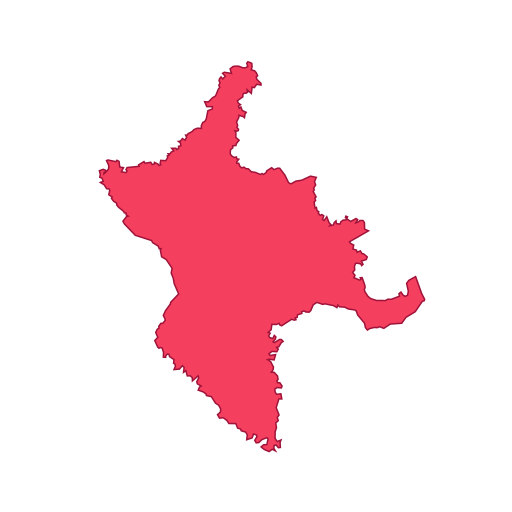 outline of Júlio de Castilhos, Rio Grande do Sul, Brazil, rotated 286°
{"feature_id": "56859067B79484358238114", "entity_name": "Júlio de Castilhos", "entity_type": "district", "adm_level": 2, "iso_a3": "BRA", "parent_name": "Brazil", "parent_adm1": "Rio Grande do Sul", "projection": "orthographic", "projection_center": [-53.633, -29.282], "detail": "fine", "context": "isolated", "style": "filled", "palette": "rose", "viewbox_px": 512, "rotation_deg": 286, "n_neighbors": 0, "source": "geoboundaries", "source_scale": "gbopen_adm2", "svg_char_len": 6093}
<svg xmlns="http://www.w3.org/2000/svg" viewBox="0 0 512 512"><g transform="rotate(286 256 256)"><path d="M295.8,88.8L297.0,87.5L297.2,85.2L294.8,81.9L291.4,83.9L288.6,84.1L288.3,86.6L285.7,88.6L283.8,86.1L282.6,90.3L279.5,93.9L280.0,96.0L278.9,97.3L274.3,97.6L273.1,101.4L271.5,101.2L269.4,104.0L268.3,107.6L266.7,108.0L265.1,110.2L262.4,116.5L261.2,117.5L261.4,119.4L259.8,119.8L259.1,122.1L258.3,120.7L252.8,118.5L250.6,120.6L242.6,134.3L242.1,151.3L240.3,153.1L238.6,159.2L236.3,161.0L236.9,162.7L235.3,162.4L229.2,165.5L227.9,170.6L221.1,178.7L216.2,179.2L212.1,182.4L206.7,185.1L198.2,192.1L187.9,186.7L186.2,186.9L178.6,184.1L173.2,183.3L170.5,185.9L168.8,186.4L165.5,184.8L165.0,183.1L161.6,181.9L160.0,182.6L158.2,181.2L154.8,180.7L150.8,184.0L146.8,182.0L141.4,186.6L140.6,188.1L141.6,189.3L141.7,191.1L137.8,193.7L133.2,194.8L133.7,197.1L135.0,196.7L137.4,197.9L137.5,199.5L135.5,200.6L133.8,205.7L130.2,206.3L129.6,208.1L127.8,208.9L124.2,208.5L126.2,213.6L130.2,215.4L129.1,217.6L124.2,218.4L126.4,220.2L121.8,223.0L122.7,225.8L121.5,228.3L118.4,229.3L124.8,233.4L123.2,234.5L118.6,233.7L116.9,235.0L115.9,239.2L114.4,237.8L111.1,237.4L110.8,242.8L109.5,246.2L108.2,246.8L108.5,251.9L103.4,257.6L102.3,261.2L99.1,264.3L96.1,264.8L92.9,262.7L90.1,265.6L91.5,269.2L89.8,273.5L87.5,276.1L89.3,282.8L85.5,285.8L85.4,288.8L83.9,290.0L83.9,294.6L81.7,296.9L76.8,297.7L80.1,302.4L84.2,302.7L84.1,305.7L82.7,306.7L78.4,305.6L76.4,307.7L77.5,310.2L81.0,312.2L84.3,316.4L83.6,318.0L77.7,318.4L76.7,315.4L73.9,313.5L72.3,317.2L71.6,322.5L74.7,324.9L74.0,328.4L76.2,326.1L78.9,325.7L79.9,327.4L77.9,330.3L78.7,332.2L83.5,330.5L86.0,330.7L83.5,327.6L85.9,324.6L92.1,322.9L96.7,323.0L101.0,321.0L103.9,322.8L106.7,320.9L109.5,322.0L115.8,317.2L125.0,317.4L125.7,320.2L130.4,317.9L128.8,314.0L130.3,312.0L133.2,310.8L135.3,312.4L136.2,316.8L138.2,316.9L140.8,313.8L140.1,311.6L142.1,310.4L143.3,311.3L146.6,309.8L149.2,305.5L148.5,302.8L151.5,303.8L154.1,303.4L158.5,299.2L159.6,295.7L160.4,297.0L161.1,302.1L166.6,302.0L164.3,297.0L165.6,295.4L168.7,297.7L169.7,302.4L172.6,303.1L173.9,301.0L174.9,302.9L179.6,304.2L181.4,305.6L182.7,303.5L182.3,301.7L177.8,297.5L178.2,296.0L181.7,297.6L183.8,297.3L184.7,295.5L181.4,294.9L181.3,291.5L182.9,290.2L185.7,290.9L185.8,288.7L189.3,290.9L194.7,290.1L195.7,294.3L197.6,296.8L196.3,297.8L196.0,299.9L205.0,307.7L204.9,310.6L205.8,312.0L207.3,310.7L208.4,312.5L210.9,312.1L213.4,315.9L215.1,315.3L216.4,317.3L215.9,319.4L216.7,322.6L218.6,323.7L225.0,324.5L228.2,327.4L227.9,333.6L229.0,335.3L229.7,344.1L228.7,348.0L231.4,348.2L230.2,350.3L231.3,355.4L230.5,359.3L231.4,366.1L230.6,367.7L227.4,369.9L221.3,378.8L217.4,380.9L215.5,383.5L217.6,385.3L220.0,389.6L220.5,392.3L222.1,394.3L221.7,398.8L227.6,403.9L231.5,414.6L238.4,417.1L246.3,424.4L258.1,428.3L259.5,430.1L260.9,430.0L265.6,425.6L280.2,415.1L274.7,409.6L271.2,408.3L264.2,412.1L260.1,412.5L258.3,410.5L259.1,407.9L261.3,405.3L259.2,403.8L256.9,405.0L251.7,398.0L250.8,394.6L248.9,392.8L246.5,384.2L246.7,377.9L248.1,374.7L251.8,370.5L253.7,369.3L255.6,369.6L257.7,368.8L264.5,364.0L263.9,362.2L262.4,363.3L261.4,362.2L262.2,356.1L264.7,356.5L266.9,353.4L269.8,354.8L272.6,353.6L276.0,353.6L276.9,354.8L277.3,358.8L275.9,360.2L277.5,361.2L280.1,358.7L283.0,363.0L285.8,363.2L287.7,358.9L287.5,357.3L289.7,354.9L287.5,352.1L289.4,350.9L289.4,347.3L293.5,346.9L294.1,343.7L295.4,341.9L311.2,357.2L311.8,353.0L317.9,351.1L319.6,349.1L318.8,346.1L316.8,344.9L315.4,342.8L319.0,343.7L319.6,341.8L315.3,337.5L316.8,332.9L315.4,332.5L314.6,330.0L312.4,328.2L309.8,327.9L309.3,324.4L311.8,323.2L309.7,322.0L307.1,321.8L305.5,318.7L306.8,319.4L308.0,317.2L313.2,313.2L308.9,311.7L309.5,309.9L313.3,310.1L314.0,307.8L312.7,306.5L314.4,304.0L315.8,304.2L316.6,302.0L319.3,300.7L318.3,299.6L321.4,298.1L323.9,297.0L325.7,298.0L328.1,296.6L329.4,297.5L333.8,293.2L335.8,293.8L337.1,292.7L340.7,293.8L343.6,291.7L348.2,292.3L347.8,286.4L341.4,279.0L339.0,273.7L335.0,269.8L335.4,267.2L341.8,261.4L346.9,254.6L346.4,252.6L344.0,249.5L345.2,246.7L340.9,242.9L338.9,242.7L336.4,240.6L336.9,239.0L335.6,237.8L336.2,232.1L335.7,228.2L337.7,224.6L337.2,222.3L338.1,219.9L336.8,218.1L337.6,216.0L340.4,213.8L339.8,212.0L341.2,211.5L344.3,212.8L344.1,210.6L345.8,209.9L344.7,207.7L345.4,205.3L347.0,203.1L351.0,202.2L353.6,203.9L355.4,203.2L356.7,206.3L358.5,206.1L362.6,207.9L364.5,203.9L368.9,202.7L370.6,201.2L370.6,203.0L371.6,204.4L373.0,204.3L374.3,202.2L376.4,202.4L379.4,200.4L384.6,201.3L386.5,200.7L386.5,205.2L385.8,206.8L389.5,206.3L391.4,207.0L392.1,202.6L395.1,200.4L393.4,199.2L395.3,197.8L397.2,199.4L398.1,196.8L400.1,195.3L405.4,199.5L407.5,198.8L409.3,199.8L409.8,201.7L411.2,202.8L413.3,201.7L411.0,206.7L417.2,205.7L417.4,208.0L421.3,209.4L421.7,213.7L423.3,213.2L426.1,208.0L428.2,206.9L429.7,207.9L432.3,205.7L433.6,203.7L433.7,200.1L436.7,200.1L440.0,198.9L440.4,196.7L440.4,194.6L438.7,194.0L435.9,195.8L434.0,194.0L433.3,191.6L433.7,187.0L432.7,183.4L431.7,181.6L428.7,179.5L424.8,182.1L423.9,174.9L422.4,173.5L420.3,177.0L417.1,175.2L418.5,173.0L416.3,172.1L414.3,172.1L412.7,173.7L409.8,173.2L408.2,174.7L406.0,173.8L398.7,173.0L396.2,170.6L391.0,167.8L390.2,164.1L386.0,167.5L387.5,172.9L385.3,173.5L382.4,169.7L373.8,170.4L371.1,169.6L369.7,168.0L366.2,167.5L363.6,168.3L362.7,164.4L360.4,161.5L358.0,160.3L354.9,157.0L353.4,156.6L352.8,155.0L350.9,156.6L347.8,155.8L348.6,152.9L345.6,151.7L344.8,149.9L343.9,152.1L341.3,153.4L340.1,151.3L337.9,151.9L336.5,150.5L337.5,149.3L336.3,145.2L334.4,148.0L332.6,145.9L330.6,145.2L330.0,143.3L328.9,144.6L327.7,143.1L326.3,144.0L322.7,142.9L321.7,138.1L318.6,138.3L317.5,139.3L316.3,138.0L317.3,136.6L318.0,132.6L316.4,132.8L315.3,131.0L317.1,129.0L314.6,123.8L315.9,122.3L311.2,118.0L310.0,118.9L305.5,107.7L303.2,107.2L302.1,108.7L300.4,108.1L299.8,103.4L304.4,104.3L304.0,100.5L309.2,98.3L309.7,95.9L308.1,95.3L307.5,87.2L306.5,86.0L302.4,89.5L299.2,90.3L295.8,88.8ZM295.8,88.8L293.1,87.2L294.4,86.9L295.8,88.8ZM316.8,332.9L318.9,333.2L319.1,331.4L317.6,331.3L316.8,332.9Z" fill="#f43f5e" stroke="#9f1239" stroke-width="1.5"/></g></svg>